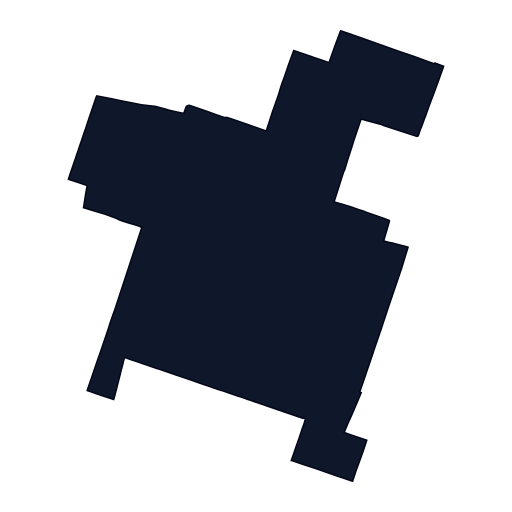 outline of Amarastii De Jos, Dolj, Romania
{"feature_id": "2599482B30095790947813", "entity_name": "Amarastii De Jos", "entity_type": "district", "adm_level": 2, "iso_a3": "ROU", "parent_name": "Romania", "parent_adm1": "Dolj", "projection": "orthographic", "projection_center": [24.201, 43.928], "detail": "fine", "context": "isolated", "style": "filled", "palette": "ink", "viewbox_px": 512, "rotation_deg": 0, "n_neighbors": 0, "source": "geoboundaries", "source_scale": "gbopen_adm2", "svg_char_len": 4606}
<svg xmlns="http://www.w3.org/2000/svg" viewBox="0 0 512 512"><path d="M366.7,440.4L366.8,440.3L366.8,440.2L355.4,436.4L352.2,435.3L344.3,432.5L344.2,432.4L347.9,423.5L351.4,415.8L354.1,409.5L357.7,401.1L361.2,392.7L360.5,392.5L359.7,392.2L360.3,390.6L360.4,390.0L360.5,389.9L361.1,388.0L363.1,382.3L365.2,376.1L365.5,375.3L366.1,373.5L366.5,372.2L368.4,366.7L369.0,365.0L369.6,363.2L369.8,362.5L370.3,361.1L372.4,354.9L373.0,353.3L373.6,351.1L379.0,335.5L380.0,332.4L380.1,332.1L380.8,330.3L383.7,321.3L384.2,320.0L388.1,308.1L400.6,271.3L401.0,270.2L401.2,269.5L401.7,268.3L401.9,267.4L406.5,252.3L408.1,247.2L407.0,246.8L394.6,243.6L394.0,243.4L391.8,242.8L389.9,242.6L389.3,242.4L387.3,241.9L383.7,240.9L386.0,233.0L386.5,231.3L386.8,230.4L387.4,228.3L387.4,228.2L387.7,227.2L388.2,225.6L389.4,221.2L389.5,220.9L389.4,220.6L389.1,220.4L388.7,220.2L387.8,219.8L387.4,219.7L386.5,219.4L385.9,219.1L385.4,218.9L385.1,218.8L384.8,218.7L384.6,218.7L383.7,218.3L382.3,217.8L381.0,217.4L380.0,217.0L377.9,216.3L375.4,215.4L372.2,214.3L371.7,214.1L368.9,213.2L365.9,212.1L363.0,210.9L362.4,210.7L359.6,209.9L351.4,207.0L349.2,206.3L347.5,205.8L344.2,204.8L334.8,202.1L334.1,201.9L340.6,181.4L343.9,171.0L344.4,170.7L348.0,158.9L352.2,145.9L353.8,140.6L361.1,119.1L380.3,124.3L380.6,124.3L380.8,124.2L381.0,124.3L381.5,124.6L383.5,125.5L398.2,130.3L416.6,136.3L416.8,136.3L417.1,136.2L417.5,136.2L417.8,136.2L418.0,136.0L418.2,135.7L418.7,134.6L419.3,132.7L419.7,131.4L420.5,129.2L421.1,127.7L421.3,127.5L421.8,126.1L424.6,118.4L424.8,117.8L425.0,117.3L425.1,117.2L425.5,116.3L427.6,110.2L429.8,104.1L431.4,99.9L431.9,98.5L433.0,95.7L438.6,80.5L440.7,74.5L443.1,67.9L443.6,66.2L443.2,66.1L437.1,63.8L434.8,63.0L434.5,63.8L430.9,62.6L416.5,57.3L398.1,51.0L389.1,47.8L375.0,42.8L356.5,36.2L352.7,34.9L340.6,30.7L335.8,43.5L334.7,46.5L329.0,62.6L320.4,59.6L316.1,58.2L293.7,50.5L293.5,51.1L290.3,59.8L287.9,66.5L286.4,71.0L285.6,73.3L284.2,77.4L283.6,79.0L282.9,80.9L282.3,82.3L281.6,84.6L280.8,86.9L279.7,90.7L278.7,94.0L277.4,97.8L275.5,103.2L272.6,111.3L271.4,115.1L266.6,129.9L266.1,130.9L261.4,129.3L247.5,124.4L232.1,119.1L226.8,117.4L226.1,117.4L225.1,117.4L224.7,117.6L220.7,116.2L215.9,114.6L209.7,112.3L200.0,108.9L189.8,105.4L189.1,105.3L188.3,105.4L187.0,106.0L186.3,106.4L186.0,107.1L183.9,112.9L183.8,113.3L181.3,112.9L169.5,110.3L164.6,108.8L161.1,107.9L156.7,106.7L155.8,106.4L141.7,104.8L128.0,102.1L120.3,100.6L112.0,98.8L96.8,95.9L96.7,95.9L96.6,96.1L96.3,96.9L96.1,97.2L90.2,114.7L89.5,116.7L87.7,122.1L86.0,127.4L84.8,130.8L84.3,132.2L83.7,133.9L82.2,138.5L81.1,141.7L79.9,145.2L79.0,147.9L78.2,150.3L76.8,154.3L75.6,158.0L74.5,161.1L71.5,169.9L69.6,175.5L68.7,178.2L68.4,179.3L73.0,180.8L80.9,183.4L87.2,185.6L86.7,187.9L85.7,193.6L83.5,207.7L87.7,209.0L96.9,211.8L104.8,214.1L115.9,218.2L119.5,220.0L123.1,221.3L129.5,223.3L133.9,224.5L138.6,226.0L141.0,227.1L141.8,227.4L115.1,308.7L113.1,314.3L112.4,316.3L110.2,322.6L108.7,327.5L104.8,339.1L101.2,349.7L97.2,361.1L89.9,382.5L87.5,389.4L87.2,390.6L87.7,390.7L90.3,391.6L92.9,392.5L95.5,393.5L98.2,394.4L100.9,395.3L103.5,396.2L106.1,397.0L108.8,397.9L111.5,398.8L113.7,399.5L114.5,396.7L115.1,394.5L116.0,390.9L116.3,390.0L116.6,388.6L117.3,385.9L117.9,383.4L118.6,380.8L119.2,378.4L119.9,375.6L120.3,374.3L120.4,373.6L120.8,371.8L121.3,369.9L121.8,368.1L122.3,366.2L122.8,364.4L123.2,362.6L123.6,360.8L124.3,358.4L124.5,357.3L124.9,357.5L126.8,358.2L129.0,359.0L131.0,359.7L132.0,360.1L133.8,360.6L136.5,361.5L139.1,362.4L141.6,363.3L144.2,364.2L146.7,365.0L149.2,365.9L151.8,366.8L154.4,367.7L157.0,368.6L159.8,369.4L162.5,370.3L165.2,371.3L168.0,372.2L170.7,373.2L173.5,374.1L176.2,375.1L179.0,376.0L181.9,377.0L184.7,377.9L187.5,378.9L190.3,379.8L193.1,380.8L195.9,381.8L198.7,382.8L201.6,383.8L204.4,384.8L207.3,385.7L210.2,386.7L212.9,387.7L215.6,388.6L218.4,389.6L223.6,391.1L228.8,393.0L233.8,394.7L236.1,395.5L238.5,396.3L240.9,397.0L243.2,397.8L245.5,398.6L247.8,399.5L250.2,400.2L252.4,401.0L254.5,401.8L256.7,402.5L258.9,403.2L261.0,404.0L263.2,404.7L265.3,405.4L267.4,406.2L269.5,406.9L273.8,408.4L277.9,409.8L288.1,413.3L296.0,416.0L297.9,416.7L300.2,417.4L303.0,418.3L304.3,418.3L305.0,418.5L305.5,418.8L305.3,419.5L305.1,420.0L304.8,421.1L303.8,424.3L303.2,425.9L302.3,428.4L301.9,429.5L301.7,430.3L298.3,440.4L298.2,440.5L291.3,460.5L291.6,460.5L300.8,463.7L307.2,465.8L313.4,467.8L323.0,471.1L323.7,471.4L324.0,471.5L328.4,473.0L328.6,473.1L332.7,474.5L337.4,476.2L343.3,478.1L346.5,479.2L352.6,481.3L356.0,470.9L357.2,467.7L363.1,451.4L366.5,441.1L366.7,440.4Z" fill="#0f172a" stroke="#020617" stroke-width="1.5"/></svg>